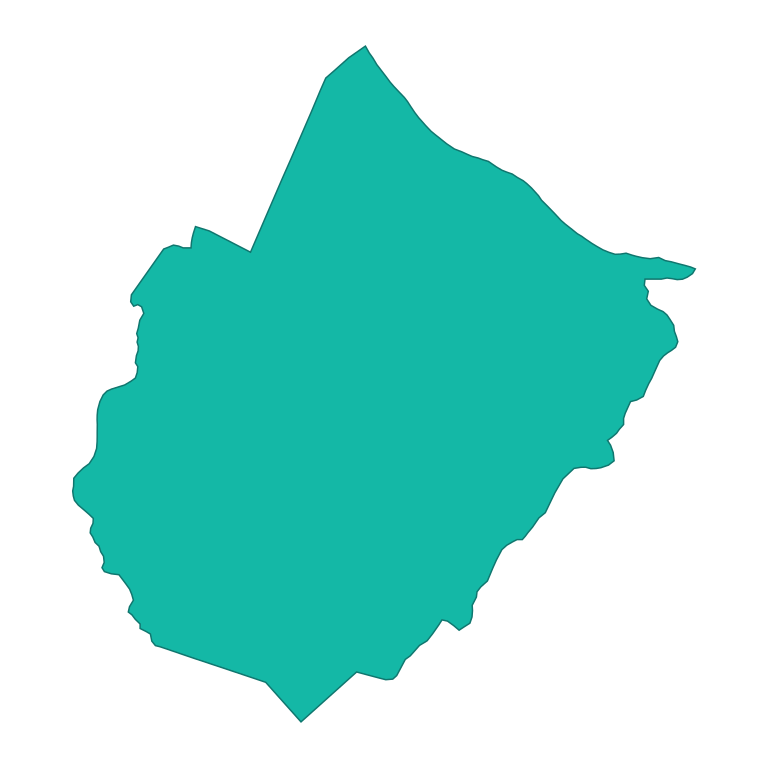 Caucaia, Ceará, Brazil
{"feature_id": "56859067B320436842071", "entity_name": "Caucaia", "entity_type": "district", "adm_level": 2, "iso_a3": "BRA", "parent_name": "Brazil", "parent_adm1": "Ceará", "projection": "albers", "projection_center": [-38.789, -3.772], "detail": "fine", "context": "isolated", "style": "filled", "palette": "teal", "viewbox_px": 768, "rotation_deg": 0, "n_neighbors": 0, "source": "geoboundaries", "source_scale": "gbopen_adm2", "svg_char_len": 3138}
<svg xmlns="http://www.w3.org/2000/svg" viewBox="0 0 768 768"><path d="M695.3,268.9L690.6,267.0L684.9,265.4L679.4,264.0L671.3,261.8L665.2,260.6L658.7,257.5L650.2,258.7L642.4,257.7L636.2,256.3L631.9,255.1L626.1,253.2L620.3,254.1L615.1,254.3L608.9,252.3L603.0,249.9L597.0,246.5L591.9,243.4L585.7,239.2L581.7,236.3L577.3,233.7L572.6,229.9L565.0,223.9L561.0,220.4L554.6,213.5L548.2,206.9L541.5,200.2L538.5,195.7L531.6,188.1L527.0,183.8L523.3,180.8L517.1,177.3L512.2,174.0L506.7,172.1L501.9,170.2L496.2,166.8L488.4,161.4L482.7,159.7L478.2,158.0L472.3,156.5L467.0,154.2L462.0,151.9L454.4,149.0L446.4,143.6L441.3,139.5L435.0,134.5L431.0,131.2L425.5,125.4L418.6,117.6L414.8,112.6L410.3,105.9L407.6,101.7L404.3,97.4L399.1,92.0L393.9,86.5L390.1,82.1L387.0,77.9L382.8,72.4L376.8,64.6L373.0,58.2L369.2,52.9L365.4,46.1L348.8,57.7L334.1,70.8L325.8,78.0L320.5,90.0L311.7,111.0L293.7,152.6L291.1,158.6L282.3,178.5L250.5,252.2L209.2,230.9L195.5,226.6L193.4,233.2L192.2,237.9L191.4,242.7L191.0,247.9L183.2,247.9L178.7,246.1L173.4,245.1L168.2,247.3L163.7,249.0L131.4,294.8L130.7,301.8L133.7,306.2L137.8,304.6L141.6,306.8L143.8,313.4L139.8,320.2L138.3,328.1L136.7,333.6L138.1,337.8L137.1,342.1L138.4,346.4L138.1,350.9L136.4,355.7L135.4,362.8L137.8,366.6L137.2,372.6L135.4,378.0L131.0,381.2L124.6,385.0L111.7,389.0L107.0,391.1L103.2,394.9L99.9,401.6L97.7,409.7L97.2,415.1L97.1,419.7L97.3,424.5L97.2,432.3L97.2,436.8L97.1,441.8L96.6,448.5L94.0,456.4L89.2,463.7L83.5,467.9L78.1,473.0L73.8,478.2L73.6,486.3L72.7,491.0L73.3,496.0L74.5,500.4L78.3,505.1L84.8,510.6L88.8,514.1L93.3,518.4L93.0,523.4L90.7,528.2L90.2,532.9L92.8,537.0L95.1,542.5L99.0,546.2L100.7,551.7L103.5,556.2L104.2,562.4L102.0,567.7L104.4,571.6L111.3,573.8L118.9,574.7L122.2,579.0L125.8,583.8L129.6,589.1L131.8,594.5L133.4,600.2L129.5,606.7L128.3,612.0L132.0,614.9L135.3,619.3L140.1,624.0L140.1,628.5L145.7,631.3L150.4,634.0L151.8,641.1L155.4,645.6L160.2,646.8L195.7,658.9L213.8,664.9L253.6,678.2L265.7,682.3L301.0,721.9L328.4,697.3L356.6,672.0L372.3,676.2L381.4,678.6L385.8,679.7L392.8,679.1L396.7,675.6L405.3,659.4L410.3,655.8L419.5,645.4L427.1,640.8L432.8,633.5L438.8,624.9L442.0,619.9L447.5,621.1L453.7,625.6L459.1,630.2L464.4,626.7L469.9,623.2L472.0,617.0L472.5,610.6L472.2,605.3L476.4,597.1L477.0,591.8L480.8,586.9L487.4,581.0L492.9,567.8L496.4,560.0L499.3,554.5L501.9,549.6L506.8,545.2L512.5,541.9L517.0,539.6L522.3,539.6L525.3,536.2L527.9,532.7L532.5,527.2L538.9,517.9L545.3,512.7L554.8,492.9L562.9,478.9L574.0,468.4L580.9,467.3L585.6,467.2L590.9,468.7L596.1,468.5L600.9,467.7L608.5,465.1L614.1,460.8L613.2,452.5L610.6,445.3L607.5,440.4L612.2,437.0L616.5,433.3L619.4,429.2L623.6,424.5L623.6,418.4L625.2,413.3L630.5,401.6L636.7,400.0L643.3,396.4L645.7,390.2L648.8,383.5L651.7,378.3L654.0,373.1L656.7,367.1L659.7,360.5L663.5,356.0L667.6,352.8L671.6,350.3L675.6,347.2L677.8,341.7L676.4,336.7L674.4,331.3L673.7,325.3L670.1,319.6L667.0,315.0L663.2,311.7L657.5,309.1L650.9,305.3L646.7,298.9L648.3,291.3L644.3,285.4L645.0,279.1L653.7,279.1L661.4,279.1L667.0,278.0L672.3,278.7L677.2,279.6L682.5,279.2L687.2,277.2L692.5,273.6L695.3,268.9Z" fill="#14b8a6" stroke="#0f766e" stroke-width="1.5"/></svg>